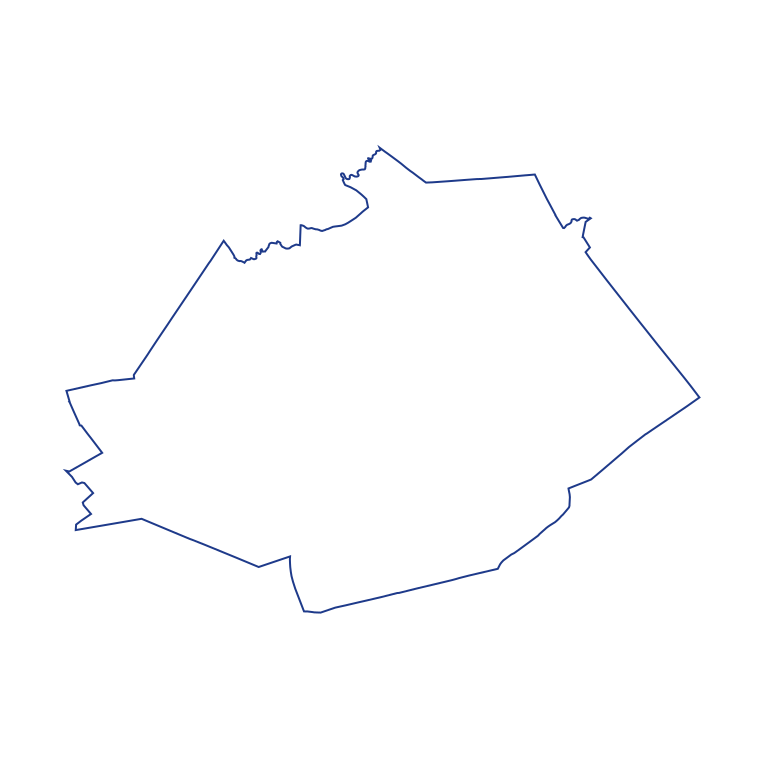 Denta, Timis, Romania, rotated 6°
{"feature_id": "2599482B74915539122054", "entity_name": "Denta", "entity_type": "district", "adm_level": 2, "iso_a3": "ROU", "parent_name": "Romania", "parent_adm1": "Timis", "projection": "robinson", "projection_center": [21.251, 45.352], "detail": "fine", "context": "isolated", "style": "outline", "palette": "blue", "viewbox_px": 768, "rotation_deg": 6, "n_neighbors": 0, "source": "geoboundaries", "source_scale": "gbopen_adm2", "svg_char_len": 5946}
<svg xmlns="http://www.w3.org/2000/svg" viewBox="0 0 768 768"><g transform="rotate(6 384 384)"><path d="M572.2,499.5L574.3,496.6L575.6,495.2L579.0,490.2L580.1,488.6L580.9,487.3L581.2,485.6L581.1,484.8L580.7,477.1L580.1,474.2L578.9,470.4L578.4,468.6L584.3,465.5L597.2,458.8L600.0,457.3L609.6,447.3L613.3,443.4L622.4,433.8L628.0,427.9L634.1,421.2L636.7,418.7L641.4,414.2L649.4,406.6L650.2,406.1L655.6,401.5L678.7,382.0L687.6,374.5L699.1,364.4L698.5,363.8L689.3,354.0L682.2,346.7L651.8,316.1L638.3,302.3L632.1,296.0L620.0,283.6L614.2,277.6L603.4,266.5L594.3,257.1L576.7,238.7L573.6,235.2L570.7,231.8L574.5,226.7L567.1,217.3L566.2,217.2L566.4,214.3L567.6,201.7L572.3,197.6L571.3,197.1L571.0,197.5L570.4,198.2L569.8,198.2L569.0,198.2L568.1,198.0L566.7,197.7L565.5,197.6L564.3,197.8L562.8,198.2L562.0,198.9L561.4,199.4L560.6,200.5L560.1,200.7L558.9,201.4L558.5,201.1L558.0,200.9L557.3,200.4L556.3,200.1L555.2,200.2L554.0,200.6L553.7,200.9L553.4,201.6L553.5,202.8L553.4,203.1L552.9,204.2L551.9,205.2L550.7,205.9L549.6,206.4L548.5,207.5L548.2,208.1L547.8,208.9L547.1,209.7L546.8,210.1L546.2,210.1L545.8,210.1L536.8,198.3L536.9,198.1L530.9,189.2L526.6,182.9L517.8,169.1L513.3,161.8L512.1,159.9L507.5,160.8L502.7,161.7L485.8,165.0L479.3,166.2L468.2,168.3L459.6,169.9L454.9,170.5L445.4,172.2L427.9,175.4L410.9,178.4L404.7,179.3L404.4,179.1L403.3,178.5L401.6,177.5L400.2,176.6L396.9,174.7L390.5,170.8L387.9,169.4L383.5,166.7L382.3,165.9L379.6,164.1L378.1,163.1L374.5,160.9L368.4,157.3L362.9,154.1L360.9,153.0L355.0,149.5L355.5,150.4L356.0,151.5L355.7,151.8L354.9,152.5L354.2,152.6L353.3,152.8L352.5,153.0L352.1,153.4L351.9,153.9L352.0,155.3L351.8,155.7L351.5,156.2L350.7,156.7L349.4,157.5L349.0,158.0L348.9,158.4L349.0,159.2L348.8,160.3L348.7,160.8L348.1,161.4L347.6,161.4L347.2,161.4L346.9,161.4L346.6,161.4L345.5,161.2L344.7,161.1L344.6,161.4L344.7,161.6L345.2,161.9L346.2,162.4L347.7,163.2L347.6,163.6L347.6,164.2L347.3,164.3L346.6,164.4L346.3,164.4L344.8,163.8L344.3,163.8L343.5,164.0L343.0,164.4L342.7,164.9L342.6,165.7L342.7,166.3L342.6,166.8L342.7,167.3L342.7,169.0L342.9,169.6L342.8,170.1L342.8,170.6L342.8,171.7L342.7,171.9L342.4,172.5L341.8,172.7L341.0,172.9L340.5,172.9L339.8,173.0L339.1,173.2L338.2,173.5L337.4,173.8L336.8,174.2L336.2,174.9L335.6,175.9L335.5,176.4L335.6,176.9L336.1,177.7L336.6,178.4L337.0,178.9L336.9,179.3L336.7,179.9L336.4,180.1L335.3,180.6L334.9,180.6L333.5,180.7L333.0,180.5L332.1,180.2L331.0,179.7L330.0,179.4L329.5,179.5L329.0,179.7L328.5,180.3L328.2,180.8L328.3,181.3L328.4,182.0L328.5,182.4L328.1,183.7L327.8,183.8L327.2,184.0L326.9,184.1L325.3,183.9L324.8,183.5L324.3,183.1L323.7,182.1L322.9,180.8L321.9,179.3L321.4,179.0L320.7,178.9L320.0,179.0L319.7,179.2L319.3,179.9L319.4,180.4L319.7,181.2L320.1,181.9L320.6,182.2L321.6,183.0L321.8,183.2L322.4,184.5L321.9,185.2L321.7,185.5L323.0,187.8L324.4,190.0L325.0,190.3L330.2,191.8L336.2,194.3L341.7,197.9L344.3,199.8L345.2,200.5L347.1,202.0L349.7,210.0L345.9,213.7L344.7,214.9L343.0,216.8L340.7,219.3L338.6,221.6L338.1,222.0L334.4,225.0L331.4,227.4L328.8,229.2L327.4,229.9L325.6,230.8L325.1,231.0L320.9,232.0L318.7,232.5L316.8,233.0L314.3,234.4L311.9,235.8L311.7,235.8L311.2,236.0L310.5,236.2L310.1,236.5L309.6,236.9L308.2,237.5L306.4,238.3L305.9,238.2L304.8,238.1L303.5,237.6L302.5,237.4L301.4,237.2L300.1,237.3L299.6,237.2L298.8,237.1L297.8,236.9L296.9,236.7L296.1,236.5L295.5,236.5L294.8,236.7L293.4,237.2L292.9,237.3L292.2,237.4L291.6,237.4L291.1,237.2L290.7,237.0L289.8,236.6L288.9,236.0L288.0,235.4L287.2,235.1L285.8,234.8L284.9,234.7L284.5,234.8L285.8,254.2L285.8,254.8L285.3,254.7L284.5,254.7L282.2,254.5L281.4,254.8L277.8,256.9L275.8,258.9L274.6,259.3L273.2,259.5L271.9,259.4L270.7,258.9L269.6,258.5L268.7,258.2L268.2,257.9L266.3,255.6L266.1,254.4L263.3,253.2L262.9,253.6L262.6,254.0L262.6,254.9L262.5,255.5L257.5,255.3L256.4,255.8L255.8,256.2L255.4,256.7L255.3,257.1L254.9,258.7L254.7,260.1L254.4,260.5L252.3,263.9L252.0,264.6L251.4,264.7L251.2,264.7L250.2,264.9L249.6,265.0L249.0,264.2L248.3,262.8L248.0,262.8L247.4,263.4L247.2,264.1L247.2,264.4L247.6,265.3L247.7,265.7L247.7,266.4L247.1,267.7L246.6,267.7L246.2,267.7L245.4,267.2L244.9,266.9L244.1,266.6L243.6,266.8L243.4,267.2L243.6,268.1L243.8,269.1L243.8,269.4L243.6,270.2L243.7,270.9L244.0,272.0L243.8,272.3L243.6,272.7L242.2,273.4L241.9,273.4L241.4,273.5L238.6,272.6L238.3,273.2L237.5,274.3L235.0,274.9L234.0,275.6L232.6,278.0L232.4,277.9L232.0,277.7L230.1,277.0L229.5,276.8L228.8,276.7L228.1,276.7L227.3,276.9L225.6,276.5L225.2,276.3L224.2,275.6L223.7,274.9L222.9,274.4L222.0,274.1L221.9,272.8L220.8,271.1L215.4,264.3L213.2,262.3L211.0,259.8L209.6,258.3L203.6,270.0L198.5,279.9L197.2,282.1L190.7,294.4L182.4,310.1L169.7,334.0L166.3,340.4L162.6,347.5L158.0,356.1L153.4,364.8L148.5,374.2L145.5,380.1L141.0,388.5L137.8,394.5L134.3,401.0L134.3,401.7L135.0,404.6L119.1,408.0L115.8,408.6L113.7,408.7L102.6,412.7L93.1,415.8L68.9,424.0L73.4,435.0L73.2,435.0L73.5,435.4L78.0,443.3L85.2,455.7L85.7,456.9L86.4,457.0L87.1,457.0L87.4,457.0L87.7,457.3L94.2,464.3L99.5,469.8L110.9,481.9L104.6,486.4L80.2,503.9L76.7,503.5L83.4,509.0L87.6,514.2L90.0,515.7L93.9,513.5L96.4,513.8L106.1,522.9L96.8,533.3L97.9,536.0L106.2,543.9L97.4,551.4L92.5,556.0L92.7,561.5L137.9,548.8L157.0,543.4L187.0,552.4L207.1,558.4L209.2,558.9L222.1,562.5L255.3,572.2L278.5,579.1L308.6,565.3L308.7,568.0L309.3,572.3L309.9,575.9L311.0,580.7L312.1,584.7L314.1,590.0L317.1,596.8L328.2,618.5L330.1,618.4L331.3,618.2L336.6,618.3L338.5,618.4L343.1,618.1L344.2,618.0L344.8,618.0L358.9,611.5L369.1,608.1L381.2,603.9L389.4,601.1L404.1,596.0L419.0,590.5L420.8,590.2L438.1,583.9L464.0,574.8L471.9,572.0L475.8,570.5L478.9,569.2L488.9,565.5L502.7,560.7L516.5,555.9L518.3,551.2L519.4,549.3L521.1,547.0L524.5,543.9L528.4,540.3L531.1,538.6L532.5,537.4L539.5,531.1L548.2,523.2L553.1,518.7L554.4,516.9L557.5,513.5L559.1,511.8L560.4,510.3L562.2,508.6L564.2,506.9L566.4,505.2L568.6,503.5L570.4,501.6L572.2,499.5Z" fill="none" stroke="#1e3a8a" stroke-width="2"/></g></svg>